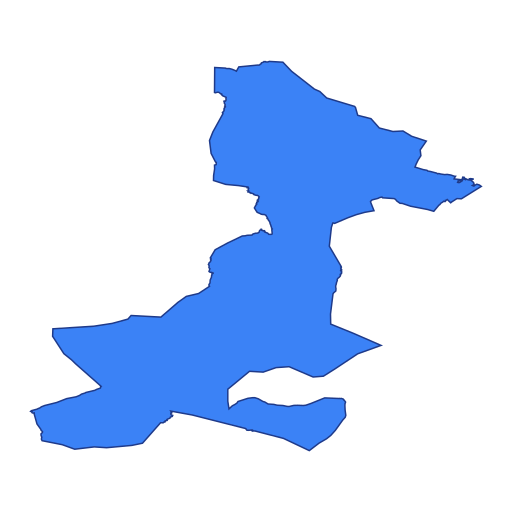 Vågå nor, Oppland, Norway
{"feature_id": "86288312B91782674250169", "entity_name": "Vågå nor", "entity_type": "district", "adm_level": 2, "iso_a3": "NOR", "parent_name": "Norway", "parent_adm1": "Oppland", "projection": "natural_earth1", "projection_center": [9.014, 61.703], "detail": "fine", "context": "isolated", "style": "filled", "palette": "blue", "viewbox_px": 512, "rotation_deg": 0, "n_neighbors": 0, "source": "geoboundaries", "source_scale": "gbopen_adm2", "svg_char_len": 6046}
<svg xmlns="http://www.w3.org/2000/svg" viewBox="0 0 512 512"><path d="M282.9,62.2L269.2,61.4L268.7,61.7L267.5,62.0L265.7,61.9L265.5,61.6L263.9,61.6L263.8,62.0L261.6,62.8L261.4,62.9L261.3,63.6L260.2,64.2L260.0,64.6L259.1,65.1L257.3,65.1L238.8,66.9L236.4,71.2L234.9,70.4L231.9,69.2L229.1,68.5L227.8,68.6L225.8,68.4L225.4,68.1L214.7,67.5L214.5,92.5L215.3,92.8L217.5,92.2L218.6,92.3L219.3,92.6L220.4,93.6L221.7,94.0L221.8,94.1L221.5,94.6L222.7,95.8L226.1,97.3L226.2,97.5L225.9,98.8L226.1,99.8L225.5,101.1L224.3,101.0L223.9,101.2L224.4,102.1L224.2,102.9L225.1,104.5L225.1,105.5L224.7,106.1L225.4,106.6L225.4,106.9L224.8,107.2L224.2,108.3L224.3,108.6L224.1,108.8L224.3,109.1L223.9,109.9L224.1,110.6L223.4,111.6L222.4,112.5L222.6,113.1L222.9,113.3L222.9,113.8L212.9,131.9L209.5,140.5L211.1,153.4L215.2,161.4L215.9,162.4L216.3,162.4L216.2,164.6L214.5,165.1L214.6,168.9L213.6,175.6L213.5,180.5L225.7,184.4L238.6,185.6L247.7,187.0L247.3,187.6L248.4,187.7L248.7,188.3L248.2,188.9L248.2,189.4L248.7,190.4L248.6,190.7L247.8,190.9L248.1,191.1L248.0,192.0L249.4,192.1L250.0,192.8L250.1,192.5L250.4,192.6L251.1,193.1L253.2,193.7L253.8,194.1L253.7,194.4L253.9,194.6L256.1,195.3L257.5,195.4L258.4,196.0L259.2,196.9L258.7,197.7L258.7,198.7L258.2,199.2L258.4,199.9L258.0,200.2L257.7,200.2L257.7,199.9L257.3,200.2L257.6,200.7L257.4,201.2L257.8,201.5L258.0,201.4L258.1,201.6L256.7,202.4L256.7,204.0L256.3,203.9L256.3,204.5L255.5,205.7L255.6,205.9L254.5,207.5L254.4,208.0L256.6,211.5L257.0,211.9L257.1,212.3L260.6,213.8L261.1,214.2L262.8,214.5L264.3,214.5L266.1,215.4L266.3,216.1L267.4,217.7L267.1,218.5L268.0,219.0L268.3,220.0L268.8,220.5L269.9,222.4L270.1,223.7L270.9,225.4L270.9,226.0L271.4,226.9L271.5,228.0L272.3,229.0L271.8,229.6L272.2,233.5L271.9,234.2L271.1,234.4L268.7,234.3L267.7,233.1L265.1,232.2L264.4,231.7L264.4,231.4L264.8,231.2L264.5,230.7L262.9,230.7L261.7,230.3L261.6,230.1L261.9,230.0L261.7,229.6L262.1,229.6L261.2,229.2L261.1,229.6L260.2,230.0L259.7,230.6L259.3,231.2L259.2,232.1L258.5,232.7L257.1,233.2L255.6,233.2L253.3,233.9L252.5,234.3L252.3,234.8L251.7,235.1L247.1,235.3L245.1,235.8L242.2,236.0L227.8,242.9L215.2,249.7L210.3,257.9L211.0,258.3L211.0,258.9L210.6,259.4L211.1,260.1L210.6,260.8L210.5,261.6L209.1,262.8L208.9,263.6L208.4,264.5L209.1,265.5L209.1,266.6L208.9,267.3L209.3,268.2L209.9,268.7L209.0,271.5L210.2,272.3L211.7,272.4L213.2,273.1L213.1,273.4L211.9,273.9L211.9,275.1L211.5,275.8L211.5,277.1L210.2,280.0L210.0,282.9L209.0,284.5L208.9,285.1L209.5,286.3L198.6,293.5L186.3,296.4L178.0,302.3L160.9,317.1L131.1,315.5L127.9,319.1L112.2,323.4L93.9,326.2L52.9,328.8L52.6,336.3L63.9,353.7L71.5,359.8L75.5,363.7L101.1,386.3L100.6,386.6L100.6,387.6L100.3,388.1L96.6,389.4L94.9,390.3L85.8,392.5L85.1,393.0L81.5,394.1L79.6,395.4L76.1,396.8L66.7,398.6L56.7,402.5L44.7,405.5L41.4,406.8L39.4,408.2L38.4,408.4L37.2,409.1L31.3,410.7L30.7,411.4L31.8,411.6L31.6,411.8L31.8,412.3L32.3,412.9L33.6,413.1L34.2,412.9L34.3,413.4L34.1,413.7L37.0,424.0L40.8,429.3L41.1,430.3L42.5,431.6L42.4,432.5L41.0,433.9L41.1,435.5L41.8,437.2L41.4,439.1L42.1,440.7L62.3,444.7L74.7,449.2L94.3,446.9L106.6,447.7L131.9,445.4L142.5,443.2L160.6,422.7L163.2,422.8L163.7,422.2L164.9,422.0L165.1,421.8L164.8,421.3L165.1,420.9L167.2,420.4L167.3,420.2L166.9,419.6L167.2,419.3L169.9,418.2L170.4,417.1L172.3,416.4L172.7,415.4L171.4,415.0L171.0,414.6L170.8,413.2L171.7,413.0L171.8,412.7L170.8,411.1L192.3,415.0L245.5,428.5L245.9,428.7L246.1,429.3L246.9,430.2L248.7,430.3L252.0,430.0L252.5,430.1L252.5,430.5L252.1,430.9L252.3,431.1L253.3,430.8L253.5,431.0L255.0,431.0L283.5,438.4L309.3,450.6L319.1,443.1L326.5,438.8L330.8,435.4L335.3,430.4L342.7,420.1L345.2,417.3L345.8,415.3L345.1,410.0L344.9,405.6L345.0,403.6L345.5,402.5L345.5,401.9L344.2,400.2L344.6,400.0L343.8,400.0L343.3,399.1L341.3,398.4L340.0,398.6L339.5,398.4L338.9,398.5L324.7,397.9L311.1,403.4L305.9,405.2L303.4,405.5L297.7,405.3L293.8,405.4L289.1,406.5L287.1,406.4L282.9,405.5L277.1,405.2L273.9,404.4L268.1,404.0L264.8,402.0L263.0,401.5L258.3,398.8L254.9,397.7L252.5,397.7L247.9,398.3L238.0,401.5L236.9,403.1L235.0,404.4L232.3,405.8L229.0,408.9L227.8,401.3L227.8,389.2L249.5,371.3L263.2,372.1L276.1,367.6L289.1,366.7L313.1,377.0L323.4,376.2L335.1,368.8L357.7,353.8L381.0,345.4L353.8,333.5L330.7,324.1L330.5,314.0L333.0,293.9L333.7,292.8L335.8,291.0L336.0,288.8L335.7,287.1L335.7,285.8L336.4,283.6L336.3,283.2L337.3,280.5L337.2,279.4L337.8,278.4L339.3,277.2L340.3,276.0L340.4,275.3L340.7,274.8L340.3,274.3L341.5,273.4L341.7,272.9L341.4,272.3L341.7,271.8L341.3,271.4L341.4,271.0L340.6,270.6L340.8,269.9L341.6,269.7L340.8,268.4L341.3,267.6L341.1,267.4L341.1,267.1L340.8,266.9L341.2,266.5L329.3,246.2L331.4,227.3L332.8,223.0L333.5,223.0L334.6,223.4L348.0,217.7L356.5,214.6L364.9,212.3L374.0,210.7L370.7,202.4L370.5,201.5L372.1,199.9L377.9,198.4L379.8,197.5L381.8,197.1L382.2,197.2L382.6,197.8L394.2,198.6L395.5,199.4L396.8,201.0L400.0,203.3L402.2,203.4L410.5,206.2L427.6,209.5L433.8,211.3L438.9,205.2L439.8,204.6L441.1,203.0L442.6,202.2L443.7,201.2L445.0,201.6L445.6,201.0L445.5,200.4L446.2,200.3L447.2,199.5L450.7,202.8L451.6,202.0L456.9,198.6L461.4,198.8L481.3,186.4L479.4,185.0L476.8,184.2L475.2,185.1L473.9,186.1L472.4,185.5L474.0,184.5L474.1,184.1L473.8,183.5L473.8,183.0L472.7,181.6L470.5,180.0L473.7,179.0L470.5,178.6L470.1,178.7L470.2,178.9L469.5,178.8L469.7,179.4L469.4,180.0L468.1,179.8L466.4,179.1L465.6,179.7L464.7,179.3L465.5,178.6L464.2,178.0L464.3,177.7L464.2,177.3L462.8,177.1L462.2,178.8L463.0,179.2L462.1,180.9L459.6,182.5L458.5,182.6L457.7,182.4L458.1,181.8L458.0,181.1L459.7,180.7L460.0,180.5L459.7,180.4L460.1,180.2L460.7,180.3L461.2,179.7L454.1,178.9L454.5,177.8L455.5,176.3L454.3,176.2L450.8,175.0L447.2,174.4L444.7,174.6L440.6,174.0L438.8,173.5L437.7,173.8L436.6,173.1L430.5,171.5L427.7,171.0L427.0,170.3L423.2,169.6L415.0,167.1L416.1,164.2L418.2,159.9L420.9,155.7L420.2,149.9L426.3,141.1L411.7,136.3L403.0,131.0L392.9,131.5L379.3,128.0L371.0,118.7L357.7,115.3L355.5,107.5L354.6,106.4L326.7,98.0L319.8,91.5L314.4,89.1L291.6,71.3L282.9,62.2Z" fill="#3b82f6" stroke="#1e3a8a" stroke-width="1.5"/></svg>